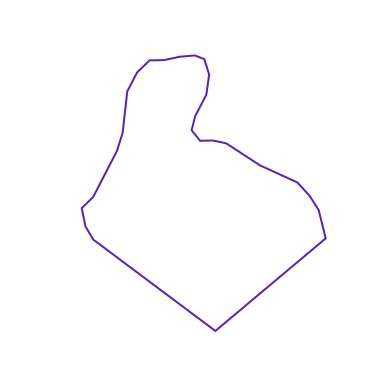 Dobje, Robinson projection, rotated 249°
{"feature_id": "SVN-252", "entity_name": "Dobje", "entity_type": "Municipality", "adm_level": 1, "iso_a3": "SVN", "parent_name": "Slovenia", "parent_adm1": "", "projection": "robinson", "projection_center": [15.416, 46.13], "detail": "fine", "context": "isolated", "style": "outline", "palette": "violet", "viewbox_px": 384, "rotation_deg": 249, "n_neighbors": 0, "source": "natural_earth", "source_scale": "10m", "svg_char_len": 485}
<svg xmlns="http://www.w3.org/2000/svg" viewBox="0 0 384 384"><g transform="rotate(249 192 192)"><path d="M100.8,300.2L53.9,164.0L182.9,82.8L198.0,80.2L216.5,83.3L222.7,97.9L257.2,136.6L272.0,148.4L309.1,167.6L323.3,183.6L330.1,199.5L325.1,213.3L322.7,228.9L318.4,243.7L311.6,251.1L295.5,250.1L277.6,240.2L261.5,222.0L249.8,213.8L236.9,217.9L232.5,230.2L225.1,241.4L192.4,265.1L163.2,293.7L146.5,300.4L129.8,303.8L100.8,300.2Z" fill="none" stroke="#5b21b6" stroke-width="2"/></g></svg>